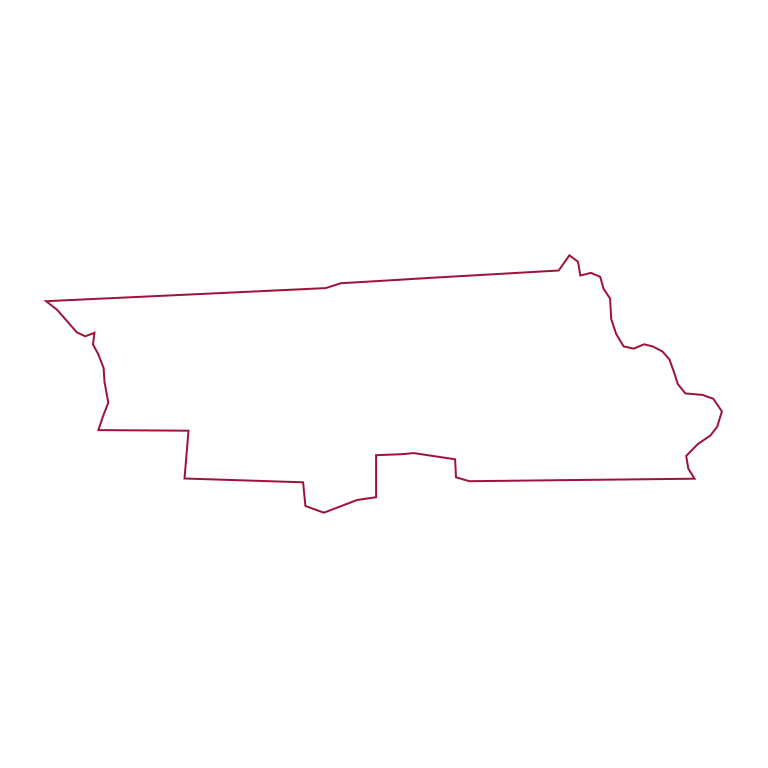 Vila Flores, Rio Grande do Sul, Brazil
{"feature_id": "56859067B54992205336034", "entity_name": "Vila Flores", "entity_type": "district", "adm_level": 2, "iso_a3": "BRA", "parent_name": "Brazil", "parent_adm1": "Rio Grande do Sul", "projection": "albers", "projection_center": [-51.536, -28.86], "detail": "fine", "context": "isolated", "style": "outline", "palette": "rose", "viewbox_px": 768, "rotation_deg": 0, "n_neighbors": 0, "source": "geoboundaries", "source_scale": "gbopen_adm2", "svg_char_len": 815}
<svg xmlns="http://www.w3.org/2000/svg" viewBox="0 0 768 768"><path d="M673.9,371.9L669.4,359.3L662.3,351.4L652.7,346.4L644.1,344.3L633.8,348.6L623.6,346.4L616.1,333.8L611.2,319.0L610.1,298.6L603.6,288.8L600.2,276.8L591.0,272.9L580.3,275.5L578.0,261.8L569.4,255.3L558.7,270.5L431.4,277.8L353.5,282.5L341.0,283.2L325.6,288.1L46.1,301.2L57.2,309.9L76.9,332.4L85.2,336.3L94.4,332.8L93.0,344.4L98.3,354.3L103.6,368.0L104.5,381.9L108.3,402.7L103.1,416.0L98.4,430.1L188.5,430.7L184.5,478.5L303.1,482.3L305.4,506.0L323.8,512.7L357.0,500.0L376.1,497.2L376.1,455.2L401.6,454.2L413.8,453.1L455.1,459.3L456.0,477.3L469.2,481.2L694.5,478.7L688.3,468.6L686.2,455.9L697.9,444.0L710.3,435.6L717.2,426.8L721.9,411.4L713.3,398.8L702.6,394.9L685.3,393.4L677.7,383.9L673.9,371.9Z" fill="none" stroke="#9f1239" stroke-width="2"/></svg>